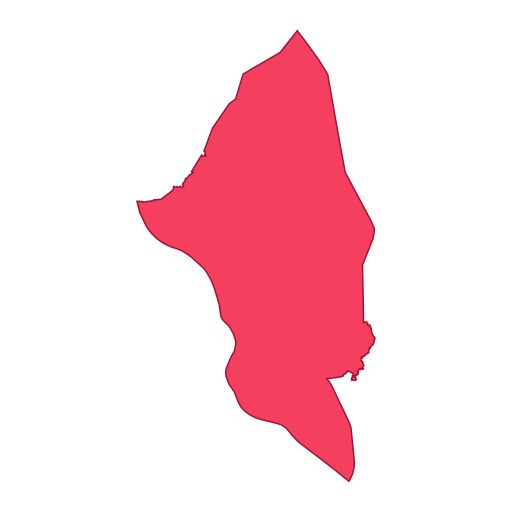 outline of Ringsaker nor, Hedmark, Norway
{"feature_id": "86288312B88034001552428", "entity_name": "Ringsaker nor", "entity_type": "district", "adm_level": 2, "iso_a3": "NOR", "parent_name": "Norway", "parent_adm1": "Hedmark", "projection": "mercator", "projection_center": [10.885, 60.986], "detail": "fine", "context": "isolated", "style": "filled", "palette": "rose", "viewbox_px": 512, "rotation_deg": 0, "n_neighbors": 0, "source": "geoboundaries", "source_scale": "gbopen_adm2", "svg_char_len": 5857}
<svg xmlns="http://www.w3.org/2000/svg" viewBox="0 0 512 512"><path d="M242.9,409.2L244.6,410.9L247.3,413.1L251.1,415.5L253.0,416.5L255.6,417.7L257.3,418.4L259.4,418.9L260.9,419.5L270.7,421.8L278.3,423.8L280.5,424.5L281.8,425.1L283.6,426.3L285.9,427.9L287.1,429.2L288.0,430.3L290.0,432.5L292.5,435.8L293.1,436.3L294.7,438.1L297.8,441.3L300.1,443.2L333.0,468.4L348.9,481.3L350.6,478.3L352.6,473.8L353.8,469.0L354.1,466.6L354.4,463.7L354.2,461.6L354.1,459.0L351.0,428.1L350.5,425.9L348.9,421.8L343.2,409.8L342.2,407.8L334.6,391.8L333.5,389.4L331.1,384.7L330.2,383.1L328.9,381.1L326.7,378.6L336.0,377.6L336.9,377.5L337.9,377.1L338.8,377.0L340.2,377.0L340.2,376.7L342.9,376.3L342.9,375.5L343.1,375.5L343.3,375.2L344.1,374.0L344.7,374.1L344.8,373.9L344.9,374.0L345.5,373.4L346.6,372.7L346.6,372.3L346.6,372.0L346.5,371.7L348.1,371.3L348.4,370.9L348.6,370.9L349.2,371.6L350.2,371.9L350.8,372.4L351.9,372.9L352.9,373.5L353.3,373.8L353.0,374.1L353.4,374.9L353.6,375.4L353.8,375.6L353.5,375.8L353.4,375.9L353.5,375.7L353.0,375.7L353.1,375.8L352.5,376.5L352.8,376.8L351.9,377.8L351.7,378.1L351.7,378.9L351.9,378.9L351.8,379.5L351.9,379.4L352.1,379.8L353.5,380.3L355.0,380.5L356.0,379.8L356.3,379.4L355.6,377.6L355.5,377.4L355.2,377.0L355.3,376.9L354.9,376.3L355.0,376.0L355.5,375.8L355.2,375.4L355.4,375.2L356.0,375.5L358.2,374.2L357.9,373.9L357.8,373.6L358.6,372.2L358.3,371.8L358.0,372.2L357.8,371.9L357.8,371.3L357.6,371.4L357.4,371.0L358.3,370.7L358.8,370.4L359.1,369.7L359.3,369.1L359.7,368.6L360.1,369.0L360.3,369.0L360.2,368.8L360.4,368.7L360.6,369.0L360.8,369.5L361.2,369.2L361.4,369.0L362.1,368.7L362.9,369.4L363.5,368.8L363.5,368.6L362.6,368.3L362.3,368.1L362.2,367.9L362.2,367.5L362.3,367.4L363.6,366.2L363.8,365.7L363.7,365.5L363.7,365.2L363.5,364.9L362.8,364.0L362.8,363.9L362.9,363.7L362.5,363.5L362.8,362.6L362.9,361.9L362.1,361.3L361.8,361.3L361.7,361.0L361.0,360.6L360.9,360.3L361.0,359.9L361.2,358.7L361.2,358.2L361.5,357.9L361.7,358.3L362.3,358.0L361.9,357.1L362.3,356.9L362.0,356.7L362.5,356.5L362.8,356.6L363.0,356.5L363.7,356.5L364.0,356.3L364.0,356.2L364.4,355.9L364.5,355.8L364.8,355.6L364.9,355.3L365.3,355.2L365.6,354.7L366.8,353.6L367.0,353.6L367.9,353.5L367.9,352.8L368.0,352.8L368.1,352.5L368.3,352.3L368.9,352.2L368.7,351.8L368.6,351.4L368.7,351.0L368.7,350.1L368.9,349.8L369.4,349.5L369.4,349.4L369.5,349.3L369.7,348.9L369.6,348.6L369.6,348.2L369.8,348.1L370.3,348.0L370.6,347.6L370.6,347.3L370.5,346.9L370.7,346.5L371.3,346.0L371.8,345.8L372.1,345.5L372.3,345.0L372.3,344.9L373.0,344.7L373.3,344.1L373.3,343.7L373.5,343.5L374.4,340.7L374.5,340.2L374.5,339.8L374.5,339.4L374.9,338.9L375.0,338.6L374.9,338.2L374.8,337.8L374.6,337.6L374.5,337.2L374.3,336.7L373.1,335.7L373.0,335.2L372.9,334.8L372.4,334.1L372.2,333.2L371.9,332.7L371.8,332.3L371.7,332.0L371.5,331.6L371.5,331.0L371.5,330.5L371.2,329.7L371.3,329.4L371.2,328.6L371.2,328.4L370.9,328.0L370.8,327.4L370.7,327.1L370.2,326.7L370.0,326.2L369.9,325.8L369.9,325.4L370.0,325.1L369.8,325.1L369.2,325.3L368.8,325.5L368.0,325.1L367.7,325.1L367.7,324.8L367.5,324.3L367.9,324.0L367.7,323.2L367.1,322.5L366.7,322.4L366.0,321.8L365.3,322.2L364.1,322.4L363.5,322.6L363.3,305.2L362.5,265.2L373.0,238.6L373.4,235.4L373.9,234.7L374.4,228.5L373.8,227.1L370.1,219.1L345.2,172.3L338.2,134.2L327.7,74.4L318.6,59.6L307.0,43.6L297.3,30.7L280.2,52.4L270.8,57.9L269.4,58.7L264.0,61.9L255.0,67.0L243.1,74.1L235.7,98.9L229.2,103.8L215.0,124.5L213.4,126.8L212.6,128.0L209.4,136.3L208.3,139.3L206.8,143.7L205.9,146.1L204.5,149.6L203.9,151.0L204.8,151.5L204.7,151.7L205.2,152.6L205.1,153.1L205.0,153.4L204.9,154.1L204.7,154.8L204.9,154.9L205.4,155.0L205.6,155.2L205.6,155.4L205.8,155.5L205.6,156.0L204.7,156.2L203.5,156.2L203.2,156.0L202.8,156.2L202.7,156.0L201.9,155.5L201.8,155.3L201.6,155.1L191.5,171.6L192.3,172.0L193.2,172.0L193.1,172.8L192.7,172.8L192.6,173.0L191.8,173.3L191.5,173.5L191.4,173.8L191.2,174.3L189.6,174.8L187.0,178.2L186.1,178.1L185.6,178.6L185.3,178.9L185.4,179.2L185.3,179.4L185.8,179.8L185.2,180.4L182.4,184.3L182.5,184.4L182.5,184.6L182.5,184.8L182.9,184.9L183.1,185.4L183.2,186.1L183.3,186.1L183.2,186.1L183.6,186.3L183.4,186.6L183.2,186.7L183.3,186.7L183.1,186.9L182.3,187.3L181.8,187.2L181.4,187.0L181.2,187.1L179.9,186.7L179.9,186.4L178.1,187.4L176.7,186.6L176.4,186.9L176.0,187.3L175.7,187.2L175.1,187.1L174.6,187.0L174.2,186.5L173.7,186.4L173.6,186.6L173.4,187.5L173.5,187.6L173.6,188.2L173.6,189.0L173.1,189.5L172.5,190.4L171.8,190.9L168.8,193.4L166.7,194.9L160.8,199.4L157.9,199.5L157.6,199.6L156.0,199.9L155.1,199.7L153.7,200.0L153.3,200.1L152.9,200.5L152.7,200.6L149.2,201.3L148.4,201.3L147.1,201.5L146.4,201.6L145.7,201.9L144.8,202.0L143.9,202.0L143.3,201.8L142.6,202.0L142.0,201.6L141.2,201.4L137.0,201.3L139.8,212.5L145.2,223.8L147.1,227.5L149.6,230.9L151.8,233.6L154.5,236.3L156.9,238.6L159.4,240.5L163.8,243.4L165.2,244.1L165.7,244.3L167.2,245.2L172.0,247.2L176.8,248.7L181.5,250.5L183.6,251.7L184.9,252.7L186.7,253.8L187.9,254.6L190.7,256.6L192.8,258.4L197.3,262.5L200.4,265.3L202.6,267.3L204.2,268.9L205.6,270.7L206.5,272.1L208.9,276.1L209.3,276.8L210.4,278.8L211.7,281.5L212.2,282.7L212.9,284.4L214.0,287.5L214.5,288.6L214.8,289.5L215.2,291.0L216.0,293.7L218.9,303.5L219.5,306.1L219.6,307.3L220.0,309.8L220.6,314.9L220.9,316.3L221.2,317.0L221.9,318.6L222.3,319.1L222.7,319.9L226.9,324.1L228.0,325.0L228.8,326.1L229.7,327.3L232.1,331.4L233.3,333.7L233.8,335.1L234.8,338.2L235.7,341.0L235.8,344.0L235.4,345.7L235.2,347.5L234.6,350.1L234.0,351.8L233.6,352.3L233.3,353.0L233.0,353.4L232.6,354.3L232.3,354.8L231.8,355.6L231.0,356.9L226.6,367.6L225.9,370.3L225.8,371.3L225.7,372.9L225.8,374.3L226.1,376.2L228.2,382.2L228.6,383.0L229.2,384.5L229.7,385.2L232.6,389.4L233.5,390.8L234.1,391.4L234.2,391.7L234.8,393.1L235.3,394.6L235.9,396.0L236.6,397.8L238.4,402.3L239.2,403.9L240.1,405.7L241.1,407.1L242.9,409.2Z" fill="#f43f5e" stroke="#9f1239" stroke-width="1.5"/></svg>